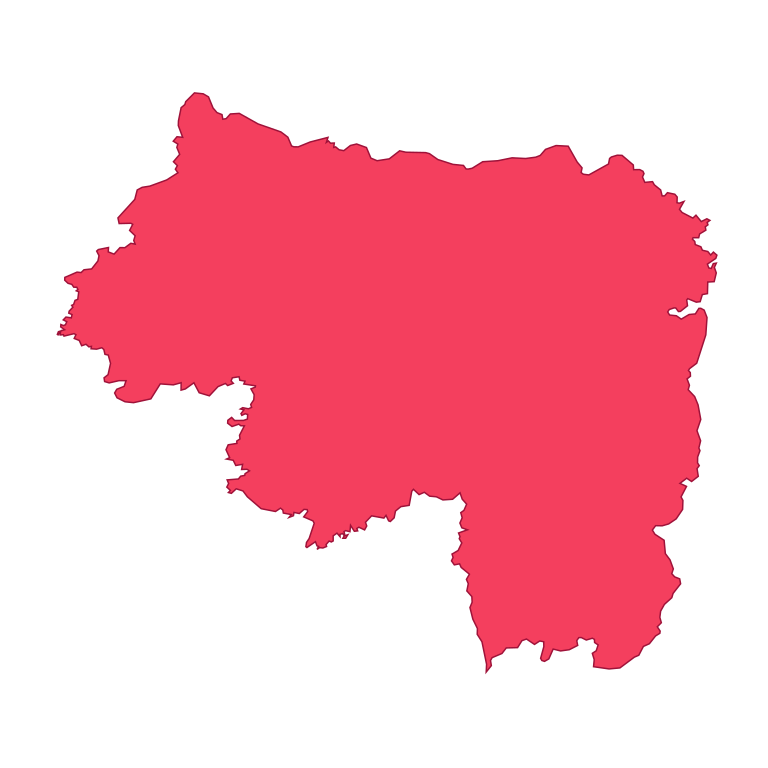 Betafo, Vakinankaratra, Madagascar (Robinson projection), rotated 272°
{"feature_id": "10022922B74688195218658", "entity_name": "Betafo", "entity_type": "district", "adm_level": 2, "iso_a3": "MDG", "parent_name": "Madagascar", "parent_adm1": "Vakinankaratra", "projection": "robinson", "projection_center": [46.435, -19.892], "detail": "fine", "context": "isolated", "style": "filled", "palette": "rose", "viewbox_px": 768, "rotation_deg": 272, "n_neighbors": 0, "source": "geoboundaries", "source_scale": "gbopen_adm2", "svg_char_len": 6119}
<svg xmlns="http://www.w3.org/2000/svg" viewBox="0 0 768 768"><g transform="rotate(272 384 384)"><path d="M659.3,176.0L656.3,175.2L653.1,171.6L639.8,169.4L635.1,169.4L623.5,174.2L623.9,168.5L619.3,164.9L616.6,169.6L613.2,168.7L606.4,171.8L598.8,165.8L595.0,169.9L591.4,168.0L587.9,170.7L580.3,159.6L573.6,143.1L572.1,135.4L569.3,130.6L559.8,128.5L540.7,112.3L535.1,113.7L535.8,125.4L534.8,127.3L528.6,124.4L523.5,130.1L518.7,128.9L515.1,130.4L515.8,126.1L511.2,120.3L511.1,115.4L504.4,109.7L506.4,103.8L510.8,103.9L508.4,93.8L506.8,92.2L502.3,94.7L497.0,93.8L488.8,87.8L487.7,80.2L484.8,77.4L485.1,73.3L479.4,61.3L476.6,61.3L473.6,64.7L472.7,68.5L469.9,70.6L470.0,73.6L467.8,74.8L466.4,73.2L465.5,75.7L457.9,75.0L456.8,72.3L452.6,71.0L451.7,69.1L449.9,70.4L445.8,66.8L443.8,66.5L442.5,69.8L439.2,69.2L439.8,63.8L436.9,61.2L435.2,64.8L432.1,63.6L431.2,61.5L432.2,59.0L429.8,58.9L427.1,62.9L424.9,56.8L422.2,55.8L421.7,56.6L424.9,58.9L421.7,58.7L422.1,61.9L420.7,62.5L423.5,72.5L422.5,74.4L418.7,72.8L416.9,77.9L411.7,80.5L413.3,84.8L410.8,87.8L411.4,90.3L409.0,90.0L408.8,95.6L410.4,100.7L408.7,102.8L403.9,104.1L403.3,107.4L395.1,110.0L383.7,107.9L380.4,104.0L376.7,104.7L375.5,109.3L378.1,119.0L378.3,126.1L372.6,124.4L369.4,117.1L365.6,115.1L360.9,117.7L357.2,125.8L356.6,134.3L361.0,151.5L376.3,160.4L375.8,173.5L378.2,181.2L370.8,181.4L372.1,185.6L378.6,194.0L368.8,199.6L366.1,209.9L375.6,218.2L379.0,225.5L377.0,227.8L379.4,233.4L381.7,231.1L384.9,232.2L386.2,238.9L382.7,239.8L382.0,245.0L379.1,243.9L377.7,255.6L376.4,255.5L374.5,251.2L368.8,254.6L363.6,254.4L358.9,251.5L356.0,252.5L354.5,249.4L355.4,243.6L354.0,241.4L353.3,244.9L349.4,242.1L347.7,243.0L349.4,246.3L348.8,248.8L344.2,248.7L342.7,244.9L342.3,236.0L345.3,232.9L342.3,229.2L339.4,229.1L336.2,233.6L338.8,240.3L337.3,242.3L337.3,245.9L327.7,241.4L324.1,242.0L321.8,238.8L319.5,239.1L317.8,230.4L312.8,228.4L305.0,232.3L303.5,229.3L302.5,236.0L297.4,238.7L298.8,245.5L293.6,244.7L294.0,250.0L292.5,252.6L289.6,248.3L287.8,248.0L286.9,244.0L284.0,241.8L282.7,230.6L279.1,232.2L275.5,230.5L272.3,234.2L270.1,232.3L269.4,235.3L274.1,240.0L272.2,246.8L266.5,251.4L255.1,265.6L252.8,280.0L256.3,284.9L254.5,287.3L251.5,287.9L250.3,295.9L247.4,293.8L249.2,298.1L252.5,298.5L251.6,303.9L255.9,308.4L255.8,311.6L253.9,312.2L248.4,308.4L244.7,317.8L242.4,319.1L227.0,314.6L223.0,312.1L218.7,311.6L217.9,312.7L224.0,321.0L219.9,322.7L219.4,324.3L216.4,322.9L218.2,325.3L218.0,328.7L219.6,332.3L221.5,331.7L225.1,334.6L224.3,336.9L225.4,338.7L230.5,338.5L233.3,342.2L229.9,345.4L232.2,345.3L233.1,347.9L230.9,349.6L228.4,348.3L228.5,351.1L232.1,353.1L231.0,350.3L235.2,349.2L236.1,350.8L235.2,355.1L241.6,355.5L235.8,359.5L236.3,362.8L238.7,361.9L240.0,363.9L237.5,369.7L241.5,371.7L245.2,370.3L251.8,376.2L250.0,388.6L252.8,390.6L247.4,393.4L246.8,395.1L250.6,398.8L257.4,399.9L262.0,405.1L263.6,413.4L277.8,415.5L279.8,417.1L274.7,422.9L277.2,428.1L273.5,433.5L273.1,440.3L270.2,446.9L271.2,456.6L277.9,463.8L271.6,466.2L266.8,470.8L260.5,468.3L258.1,465.2L253.0,466.8L247.7,464.7L243.0,466.8L241.2,472.5L237.7,463.7L234.1,465.3L232.0,464.6L227.9,467.3L220.2,463.9L216.4,457.9L213.1,459.1L209.6,457.6L205.7,460.6L206.9,465.8L203.4,467.5L196.9,476.0L191.6,473.2L187.4,475.2L180.1,474.0L174.6,479.2L169.0,479.7L163.6,477.7L152.1,481.0L142.9,485.9L137.1,485.9L129.8,490.9L107.5,496.3L99.7,496.2L106.3,501.1L111.4,500.1L114.3,501.6L118.8,511.3L124.5,515.4L125.2,526.7L132.3,530.8L134.1,535.3L129.0,543.5L132.6,548.6L132.0,552.6L127.1,552.9L115.3,550.1L113.2,551.4L112.4,554.1L115.0,558.3L125.0,562.3L123.4,569.8L124.9,578.4L129.5,586.7L134.2,585.6L137.3,587.5L137.5,590.0L135.2,595.1L137.2,601.1L136.1,603.2L133.0,603.5L130.7,607.1L124.8,605.4L122.1,601.6L115.9,603.7L108.8,603.3L107.1,618.9L108.5,629.7L119.8,643.8L121.8,648.1L130.8,652.4L133.7,658.3L141.7,664.2L144.5,668.4L146.7,668.6L150.9,665.6L155.1,669.5L160.4,667.8L166.7,668.4L173.5,671.9L180.5,679.1L184.8,680.2L194.7,687.4L199.6,686.3L201.4,681.2L204.5,678.2L209.3,679.6L218.2,676.0L224.3,671.1L237.6,669.4L243.3,660.0L247.4,657.3L251.9,660.4L252.0,667.0L254.1,673.4L259.4,680.7L269.1,686.8L278.1,686.8L281.5,684.8L292.2,689.9L295.0,683.2L300.4,689.8L297.3,694.8L302.7,701.3L310.4,699.8L313.4,701.9L316.1,700.1L322.0,700.0L328.4,702.1L331.0,700.9L338.3,702.4L348.3,698.4L359.6,701.8L374.1,698.6L382.3,694.9L388.9,688.2L393.4,689.3L399.7,686.7L402.5,690.0L406.1,689.7L408.1,687.8L410.0,688.8L415.7,695.8L444.3,703.9L461.7,704.5L469.0,701.4L470.7,698.0L470.6,696.1L464.9,692.7L464.1,686.5L459.2,678.8L462.4,673.8L462.9,667.0L465.9,665.0L468.4,666.5L470.2,671.3L470.1,673.0L466.7,675.7L466.9,677.7L472.8,684.6L478.5,683.6L479.9,684.6L476.7,693.2L477.3,697.1L484.5,699.0L485.6,704.1L497.2,704.0L497.8,710.4L506.6,712.2L512.1,710.1L516.4,711.9L515.8,708.9L510.9,707.0L511.3,704.6L515.1,703.0L521.1,711.2L524.4,712.2L527.3,708.6L524.3,706.0L527.7,703.0L528.8,697.5L532.2,695.9L534.2,690.2L537.3,689.6L539.5,687.2L541.0,687.8L541.2,693.4L545.0,694.2L549.0,700.3L552.3,699.6L554.4,702.2L556.7,701.3L558.9,704.0L560.4,700.9L557.4,695.4L563.6,689.9L560.6,686.9L565.8,675.9L568.9,673.2L576.9,677.4L575.0,672.8L575.4,670.5L581.1,670.5L583.8,668.0L585.1,660.6L581.8,657.9L581.7,655.4L587.6,653.7L592.5,647.2L595.6,645.3L594.6,637.6L599.9,635.1L603.3,636.5L605.6,635.4L607.2,632.1L606.9,626.0L611.6,625.5L620.8,613.9L620.8,609.1L618.8,603.3L617.3,601.6L611.7,600.7L600.1,581.4L600.6,575.9L602.2,573.6L606.9,574.4L612.6,569.3L628.1,559.8L628.3,547.6L624.1,537.2L617.9,532.2L616.0,527.8L614.3,517.7L614.5,504.1L611.1,489.9L609.6,474.9L602.7,464.6L601.7,460.5L601.8,458.5L605.2,455.8L605.9,445.2L610.2,430.0L615.8,421.4L616.7,417.5L616.4,397.8L617.6,391.5L609.2,381.4L606.9,369.3L609.3,363.0L619.7,358.2L622.9,348.3L621.2,342.1L615.8,335.7L616.5,331.0L619.3,327.4L618.7,325.5L623.1,325.9L622.8,322.1L625.0,320.0L623.5,318.0L628.5,319.4L623.3,301.8L618.0,290.0L617.9,285.6L618.7,283.3L627.3,279.3L632.3,272.2L639.5,249.1L649.4,229.9L648.5,221.0L643.7,217.0L643.0,213.7L647.6,212.7L649.4,207.6L653.9,203.5L664.8,198.6L667.7,193.2L668.3,184.4L659.3,176.0Z" fill="#f43f5e" stroke="#9f1239" stroke-width="1.5"/></g></svg>